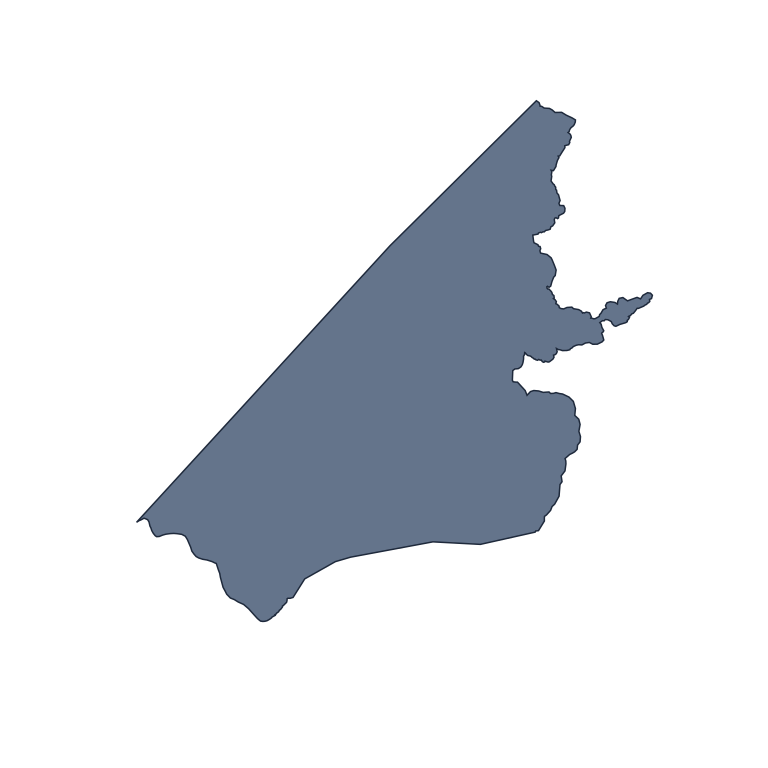 the district of Medorm, Aimeliik, Palau, rotated 156°
{"feature_id": "81905179B56582984107965", "entity_name": "Medorm", "entity_type": "district", "adm_level": 2, "iso_a3": "PLW", "parent_name": "Palau", "parent_adm1": "Aimeliik", "projection": "mercator", "projection_center": [134.484, 7.466], "detail": "fine", "context": "isolated", "style": "filled", "palette": "slate", "viewbox_px": 768, "rotation_deg": 156, "n_neighbors": 0, "source": "geoboundaries", "source_scale": "gbopen_adm2", "svg_char_len": 4827}
<svg xmlns="http://www.w3.org/2000/svg" viewBox="0 0 768 768"><g transform="rotate(156 384 384)"><path d="M666.3,358.3L663.1,358.8L661.6,358.7L660.1,358.8L657.8,359.0L656.6,357.8L655.1,356.2L654.8,353.5L655.6,349.4L655.5,347.3L655.8,344.6L655.5,341.4L654.7,338.4L653.8,337.0L651.3,336.1L647.7,336.0L644.3,335.5L640.2,334.3L636.8,333.0L633.7,331.3L629.9,328.9L627.4,325.7L626.9,321.8L627.0,313.6L627.5,309.5L627.2,308.1L626.8,306.0L625.8,302.8L624.0,300.4L620.9,297.6L617.4,295.3L613.3,291.7L611.3,289.3L610.2,288.3L610.4,286.3L610.9,281.6L611.1,277.8L612.1,273.9L613.7,263.7L613.3,258.6L613.2,256.0L612.5,254.1L611.4,251.0L608.4,247.9L605.9,244.2L601.9,239.7L599.1,233.8L596.4,225.4L595.0,221.2L594.1,219.3L593.2,217.6L591.3,216.4L589.7,215.8L588.4,215.5L587.1,215.3L586.0,215.4L584.1,215.6L581.8,216.1L581.1,216.6L577.5,216.9L577.4,217.6L576.8,217.4L575.3,218.4L574.6,218.4L572.9,218.8L571.4,220.0L570.4,220.0L567.6,221.5L567.0,222.5L566.2,222.5L563.3,223.6L562.8,223.8L561.9,224.1L561.2,224.9L560.4,226.1L559.9,227.2L559.2,227.4L558.4,227.1L556.9,226.4L553.9,226.0L535.7,238.2L500.7,241.5L485.0,239.4L447.8,230.5L403.5,219.9L361.2,198.3L306.2,187.2L305.2,188.0L302.5,187.2L293.2,193.6L292.0,196.4L291.2,197.8L288.8,198.3L283.2,200.8L280.3,203.7L277.0,204.8L269.7,210.3L264.1,220.6L261.1,222.3L259.5,228.0L254.0,231.0L250.3,237.0L249.2,239.8L248.9,242.3L243.0,244.1L239.8,244.2L237.4,244.5L234.1,245.8L232.0,249.5L228.4,251.4L225.9,256.0L225.2,261.5L221.3,267.3L220.4,272.6L222.5,277.7L219.1,283.7L218.1,291.1L220.3,296.8L224.9,302.2L227.7,304.0L230.4,306.2L232.9,306.5L235.7,307.6L236.5,309.6L242.0,311.6L245.5,314.7L249.8,317.1L253.3,317.5L257.9,315.5L257.7,320.6L261.3,331.4L263.0,332.2L265.1,333.5L265.2,335.2L260.9,343.9L258.3,344.5L255.1,343.4L252.0,343.9L249.8,345.4L248.3,347.1L246.3,350.1L245.2,352.6L243.6,353.8L242.7,355.5L242.3,355.0L241.8,353.1L241.1,351.6L239.4,350.4L238.5,349.5L238.0,348.1L237.3,347.2L236.6,345.6L235.9,345.4L235.5,344.4L234.0,343.2L232.6,343.5L231.7,342.3L230.6,341.9L230.3,340.1L229.5,339.0L228.3,338.8L227.7,339.4L225.2,337.3L223.9,337.0L219.6,338.0L217.8,339.3L217.4,341.4L215.9,341.2L214.3,341.6L212.7,343.0L212.0,346.3L210.6,344.4L209.4,343.8L207.5,342.0L204.7,340.8L203.2,340.2L200.3,339.7L199.4,340.4L197.5,340.5L195.8,341.2L192.6,341.2L190.2,340.7L187.3,339.2L183.3,339.5L179.5,338.4L177.1,335.4L172.9,333.6L169.8,333.7L167.5,333.8L165.3,334.8L164.6,339.7L164.6,341.7L163.9,342.2L162.7,342.4L161.6,343.2L161.9,347.2L161.3,350.3L161.9,352.3L158.6,353.0L157.2,352.2L155.6,352.9L153.3,351.6L152.2,350.2L151.0,348.6L151.0,346.2L150.1,343.6L148.7,342.4L144.2,342.5L142.1,342.2L138.2,341.7L136.4,342.0L135.9,343.2L134.5,343.5L133.7,344.1L132.6,345.1L133.2,346.2L132.3,346.4L131.3,346.2L129.0,347.3L127.4,347.2L124.6,348.6L121.9,350.2L120.9,349.6L115.1,349.5L113.0,350.0L111.7,349.9L110.4,350.7L109.3,350.6L107.6,351.3L107.1,353.3L104.9,353.2L102.7,355.9L103.6,358.6L106.1,360.2L111.4,359.7L115.0,357.4L117.6,360.2L122.9,360.6L127.7,360.9L130.6,365.8L134.3,366.6L136.8,364.5L138.2,362.1L139.9,364.6L143.8,367.1L147.2,367.5L149.7,365.6L150.0,362.9L153.7,362.8L155.2,361.7L157.0,360.4L158.8,359.7L159.9,358.2L164.4,357.8L165.8,358.2L167.3,359.6L168.3,360.1L167.3,361.1L167.3,365.4L169.9,367.4L172.1,367.4L172.9,368.1L173.8,368.1L174.0,370.2L175.9,372.8L180.2,375.7L181.1,377.8L185.7,379.5L189.3,379.5L191.6,380.9L192.8,382.4L192.4,384.1L193.4,386.4L194.4,387.5L193.0,389.2L193.5,391.6L194.5,393.1L193.5,393.4L192.8,395.7L193.7,397.3L193.4,399.4L193.6,400.6L194.7,403.7L195.8,404.2L196.1,405.1L195.7,406.6L194.9,406.8L193.9,405.2L191.9,405.6L188.9,409.3L185.5,412.6L183.5,413.4L180.4,418.1L180.1,422.5L179.9,428.8L180.0,431.3L182.4,436.0L185.0,437.9L187.7,439.9L187.4,442.3L185.8,443.9L185.5,446.1L186.7,446.9L186.8,447.6L186.7,448.6L188.0,450.2L189.5,452.0L189.3,453.5L187.5,459.5L182.3,458.3L181.5,459.1L179.4,459.0L178.6,458.2L177.0,458.4L175.7,457.8L173.9,458.5L171.4,458.0L169.3,457.8L167.5,459.8L165.7,459.8L162.4,461.8L161.6,464.9L160.6,466.0L159.2,466.0L158.2,464.5L157.1,464.7L155.8,466.7L150.5,467.0L148.7,468.1L147.2,470.9L147.3,473.9L150.8,475.6L150.7,477.9L148.5,480.0L148.0,483.4L147.6,485.8L148.3,488.3L147.5,490.9L148.0,491.9L147.1,494.0L147.5,495.3L147.4,496.7L148.1,498.1L148.8,501.5L146.3,505.5L146.1,506.9L144.3,509.7L144.4,511.3L142.4,510.0L138.5,512.7L137.6,514.2L134.7,517.6L133.6,518.5L132.1,519.6L132.2,521.3L130.7,520.9L126.9,523.5L122.6,526.3L122.0,528.1L120.2,527.9L118.0,527.5L116.0,529.1L115.9,530.2L112.6,533.1L112.2,535.0L112.3,536.5L113.6,538.9L112.2,539.3L111.0,540.8L108.9,542.1L106.4,542.7L104.8,543.5L102.7,545.5L101.7,547.4L104.0,550.7L108.1,555.4L111.2,559.9L117.3,562.5L118.9,566.0L120.8,568.5L125.4,570.9L127.0,573.5L128.4,574.3L128.1,575.3L127.9,578.0L129.6,580.8L322.2,507.9L666.3,358.3Z" fill="#64748b" stroke="#1e293b" stroke-width="1.5"/></g></svg>